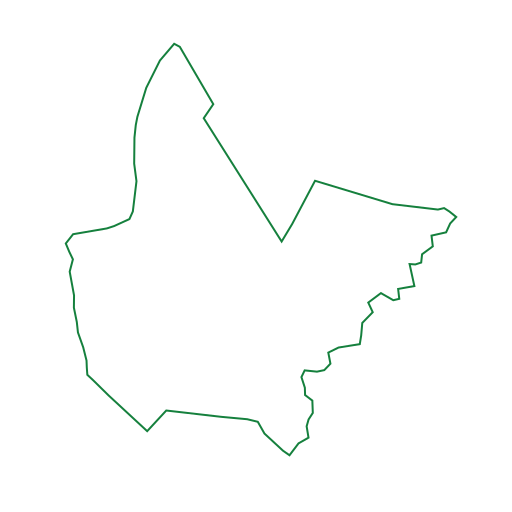 Paranapoema, Paraná, Brazil (Natural Earth projection), rotated 11°
{"feature_id": "56859067B29762724922920", "entity_name": "Paranapoema", "entity_type": "district", "adm_level": 2, "iso_a3": "BRA", "parent_name": "Brazil", "parent_adm1": "Paraná", "projection": "natural_earth1", "projection_center": [-52.089, -22.65], "detail": "fine", "context": "isolated", "style": "outline", "palette": "green", "viewbox_px": 512, "rotation_deg": 11, "n_neighbors": 0, "source": "geoboundaries", "source_scale": "gbopen_adm2", "svg_char_len": 1112}
<svg xmlns="http://www.w3.org/2000/svg" viewBox="0 0 512 512"><g transform="rotate(11 256 256)"><path d="M72.3,269.5L66.9,280.0L71.9,287.5L76.9,294.2L76.1,306.9L84.9,329.4L87.1,341.5L92.7,355.0L95.8,365.0L103.8,378.6L109.6,391.0L111.2,397.8L113.1,404.8L119.8,409.0L137.9,421.0L182.6,448.7L197.4,424.8L252.7,420.5L278.5,417.9L289.4,418.4L298.2,428.7L319.7,442.0L326.9,445.2L333.5,431.8L342.2,424.3L338.2,413.5L338.8,406.4L341.7,399.2L338.9,387.2L330.7,383.1L329.1,376.0L323.7,366.2L325.6,359.0L337.9,357.9L344.8,355.0L349.6,347.5L345.4,337.0L354.5,330.1L374.7,322.7L374.4,313.8L373.1,301.4L381.3,288.9L375.1,280.3L385.7,268.6L399.2,273.2L404.8,270.7L401.8,261.2L417.2,255.3L408.3,234.6L414.0,233.9L419.4,230.9L418.7,222.6L427.7,212.8L424.4,202.5L438.1,196.5L440.4,187.0L445.1,179.5L437.3,175.4L431.5,173.1L425.7,175.7L380.0,179.1L299.6,170.9L285.4,217.7L278.4,236.9L178.4,130.7L185.1,115.1L141.3,65.2L135.2,63.3L124.4,82.4L116.2,111.8L113.0,142.0L113.0,150.3L114.1,163.0L118.8,188.6L124.4,205.4L126.6,235.8L124.7,243.9L111.0,253.7L104.3,257.4L72.3,269.5Z" fill="none" stroke="#15803d" stroke-width="2"/></g></svg>